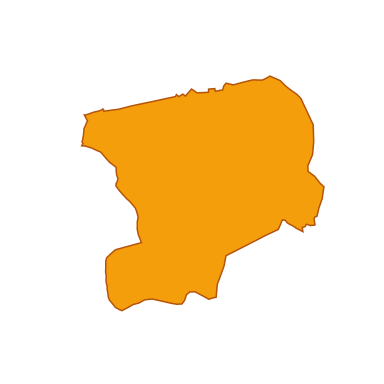 the district of Magdalena, Veracruz, Mexico, rotated 289°
{"feature_id": "50627088B30060167879999", "entity_name": "Magdalena", "entity_type": "district", "adm_level": 2, "iso_a3": "MEX", "parent_name": "Mexico", "parent_adm1": "Veracruz", "projection": "natural_earth1", "projection_center": [-97.048, 18.769], "detail": "fine", "context": "isolated", "style": "filled", "palette": "amber", "viewbox_px": 384, "rotation_deg": 289, "n_neighbors": 0, "source": "geoboundaries", "source_scale": "gbopen_adm2", "svg_char_len": 3247}
<svg xmlns="http://www.w3.org/2000/svg" viewBox="0 0 384 384"><g transform="rotate(289 192 192)"><path d="M229.8,65.1L225.0,70.2L223.7,69.7L220.9,69.7L216.8,69.2L214.0,70.0L210.2,70.9L205.9,71.5L203.2,71.9L202.4,73.1L199.8,72.7L200.7,76.3L200.8,78.6L200.9,81.6L200.9,83.4L200.8,84.3L200.5,86.6L200.4,87.4L200.0,92.2L200.0,92.9L198.3,95.6L197.7,96.6L195.4,100.5L195.1,101.0L193.1,104.8L190.8,111.9L189.4,112.7L187.2,113.5L184.6,114.7L183.5,115.3L180.5,117.6L178.0,117.9L175.1,117.5L174.4,117.7L173.0,118.1L170.3,121.9L169.5,123.1L168.3,125.3L168.0,125.8L165.4,130.5L165.2,130.9L164.5,132.2L162.5,136.8L158.4,143.6L155.7,145.9L151.3,148.9L151.0,149.1L148.4,149.6L145.7,150.0L143.3,150.9L139.0,152.3L134.1,155.2L132.4,156.7L127.7,160.7L122.4,153.0L115.0,142.1L112.5,138.5L110.3,137.1L107.0,135.3L102.2,132.8L98.9,132.9L91.1,135.5L88.0,136.4L84.9,138.2L80.8,139.3L79.8,139.8L78.7,140.2L76.9,141.4L74.6,142.8L72.6,143.3L71.0,144.2L68.1,145.8L65.2,147.2L62.8,149.3L61.7,151.2L59.5,154.8L59.2,155.1L57.9,157.3L57.2,161.6L57.0,162.7L57.0,164.4L57.9,165.2L60.9,168.1L61.7,168.9L65.2,171.9L66.5,173.1L68.7,176.4L69.8,178.0L73.2,181.1L74.7,182.5L77.9,189.3L78.9,198.3L79.7,205.8L80.0,208.5L80.4,211.2L80.9,214.1L81.7,216.1L82.8,218.9L85.9,219.9L87.2,220.3L93.0,220.2L94.4,221.0L96.8,222.5L98.4,226.9L98.6,227.5L97.1,237.1L96.1,242.9L98.2,245.6L99.6,247.8L100.2,248.9L100.3,249.1L112.9,246.0L115.4,246.0L117.0,246.1L127.9,246.3L132.4,246.4L142.8,244.9L150.6,252.4L152.0,253.8L153.7,255.4L155.0,256.7L156.4,258.0L157.6,259.2L159.3,260.8L161.4,262.8L163.0,264.3L165.1,266.4L171.0,272.0L172.0,273.0L174.1,274.9L179.7,280.7L180.2,281.2L181.8,282.8L184.3,285.3L184.7,285.8L187.5,286.0L190.2,286.2L195.1,286.5L195.1,287.3L195.6,288.8L195.3,290.0L194.0,291.7L193.4,293.9L192.9,297.3L192.6,298.8L192.4,299.5L192.3,300.8L191.6,302.3L191.4,304.5L191.1,306.2L190.6,309.8L192.6,308.7L194.3,307.8L196.2,310.3L198.5,310.6L198.9,311.3L198.8,312.9L198.8,315.2L199.7,316.2L199.9,317.4L200.5,318.7L201.3,318.9L204.5,317.1L205.5,316.6L206.6,316.1L208.7,316.5L209.7,318.0L210.2,317.9L213.7,317.7L214.3,317.6L214.8,317.6L216.0,317.4L218.6,317.2L223.3,317.2L225.5,317.2L227.0,317.3L228.1,317.3L232.0,316.5L235.0,315.9L239.1,315.2L239.8,315.1L242.1,310.1L245.0,305.5L245.1,305.4L246.8,302.8L247.7,299.8L249.2,295.1L253.7,293.3L254.3,293.0L266.2,293.8L267.8,293.5L272.7,292.3L273.6,292.1L278.4,290.9L279.0,290.8L280.5,290.2L282.7,289.4L287.4,287.6L291.1,286.2L292.1,285.8L295.2,284.6L297.8,282.0L301.1,278.8L304.8,275.3L309.2,271.0L311.9,268.3L312.7,267.6L315.7,264.7L316.9,262.5L317.9,260.5L318.4,259.6L319.4,256.2L319.7,255.0L320.6,252.1L321.0,250.8L321.7,248.8L322.5,246.7L322.8,245.8L324.1,243.1L325.4,240.5L326.0,239.2L326.1,238.2L326.3,236.2L326.6,232.4L327.0,228.1L324.2,225.5L322.0,223.5L321.5,222.9L320.5,221.6L317.9,213.2L316.2,210.4L310.9,202.3L306.7,196.1L306.0,188.7L302.4,187.5L298.5,187.8L294.8,181.1L297.2,179.9L294.7,174.2L292.4,174.9L291.6,175.1L287.4,164.5L288.3,161.3L289.2,158.0L280.5,154.5L280.6,154.1L281.5,152.0L281.5,151.4L277.9,148.5L279.0,145.6L276.8,145.2L270.9,135.4L263.5,123.2L253.8,106.9L246.5,95.9L239.7,82.3L241.3,81.4L241.4,80.5L240.3,80.0L238.3,77.6L235.5,73.1L230.3,66.5L229.8,65.1Z" fill="#f59e0b" stroke="#b45309" stroke-width="1.5"/></g></svg>